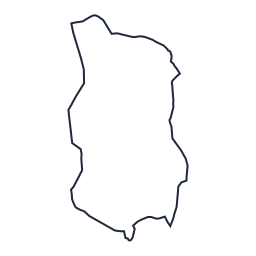 the district of Dandi, Kebbi, Nigeria
{"feature_id": "59680162B35628626888177", "entity_name": "Dandi", "entity_type": "district", "adm_level": 2, "iso_a3": "NGA", "parent_name": "Nigeria", "parent_adm1": "Kebbi", "projection": "equal_earth", "projection_center": [3.827, 11.863], "detail": "fine", "context": "isolated", "style": "outline", "palette": "slate", "viewbox_px": 256, "rotation_deg": 0, "n_neighbors": 0, "source": "geoboundaries", "source_scale": "gbopen_adm2", "svg_char_len": 1841}
<svg xmlns="http://www.w3.org/2000/svg" viewBox="0 0 256 256"><path d="M111.6,33.8L103.3,20.2L98.2,16.5L95.5,15.4L93.8,15.4L91.6,16.1L89.0,17.6L85.3,19.8L82.8,21.3L79.8,21.9L75.6,22.4L71.3,23.4L73.3,32.9L80.8,57.6L83.8,69.4L84.1,83.2L75.9,96.4L71.1,105.3L68.4,110.0L69.5,119.8L70.9,131.6L71.2,134.4L72.2,143.1L80.7,149.2L81.6,153.9L81.3,158.6L82.1,169.5L81.8,171.0L80.2,173.8L79.4,175.7L78.6,177.1L77.8,178.6L73.9,186.1L72.9,187.6L72.7,187.8L72.4,188.1L72.1,188.5L71.9,188.7L71.8,188.8L71.7,188.9L71.7,189.0L71.4,189.3L71.0,189.6L71.3,191.2L71.6,193.2L71.9,195.7L72.0,198.7L72.6,200.6L73.4,202.8L75.6,207.2L77.1,208.2L78.5,209.0L80.3,209.9L83.8,211.1L85.5,212.4L89.3,216.0L114.9,230.5L120.7,231.3L124.0,231.2L125.5,238.0L127.7,238.4L128.3,239.7L128.8,240.1L129.8,240.6L131.4,239.6L132.7,237.1L134.7,229.0L133.1,225.6L137.4,221.8L139.1,220.8L140.4,220.2L142.8,219.0L144.7,218.3L147.9,217.0L151.3,217.0L154.1,218.0L157.1,218.8L160.0,218.2L161.7,217.6L164.8,216.6L167.6,222.1L170.3,226.1L173.4,218.0L174.0,215.1L174.8,212.6L176.6,206.9L178.4,186.4L181.5,182.3L183.3,181.7L186.4,180.6L186.6,176.6L187.6,165.8L185.8,158.8L181.1,150.4L172.4,138.4L171.5,127.0L171.3,126.5L169.5,120.8L169.5,120.0L170.6,118.1L173.4,107.0L173.2,103.9L173.4,99.0L173.1,97.5L172.2,84.8L171.8,83.1L172.3,80.9L174.3,78.8L177.6,75.5L179.9,73.7L176.3,68.0L175.1,66.7L174.9,66.5L174.7,66.2L174.4,65.7L174.2,65.4L174.1,65.1L174.0,64.9L173.9,64.6L173.8,64.3L173.5,64.1L173.3,63.8L173.1,63.5L172.7,63.2L172.3,62.7L171.9,62.5L171.7,62.1L171.1,61.8L170.8,61.4L171.4,58.7L171.6,55.6L170.9,53.7L170.4,51.9L169.9,51.3L169.2,50.9L168.5,50.7L168.0,50.5L167.8,50.1L167.6,49.7L167.4,49.2L167.0,48.7L163.3,45.3L156.3,42.1L155.0,41.3L152.8,39.9L147.8,38.0L143.9,36.7L140.6,36.3L137.7,36.6L134.2,37.1L130.7,36.6L117.3,33.3L111.6,33.8Z" fill="none" stroke="#1e293b" stroke-width="2"/></svg>